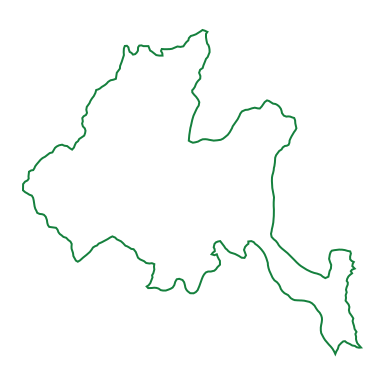 the district of Turmalina, Minas Gerais, Brazil
{"feature_id": "56859067B92924198369136", "entity_name": "Turmalina", "entity_type": "district", "adm_level": 2, "iso_a3": "BRA", "parent_name": "Brazil", "parent_adm1": "Minas Gerais", "projection": "orthographic", "projection_center": [-42.797, -17.256], "detail": "fine", "context": "isolated", "style": "outline", "palette": "green", "viewbox_px": 384, "rotation_deg": 0, "n_neighbors": 0, "source": "geoboundaries", "source_scale": "gbopen_adm2", "svg_char_len": 5942}
<svg xmlns="http://www.w3.org/2000/svg" viewBox="0 0 384 384"><path d="M23.0,190.3L25.2,192.2L27.2,193.3L29.4,194.7L31.8,195.6L33.1,197.8L33.7,200.4L34.6,206.4L35.3,208.8L36.4,210.8L37.2,212.8L39.5,213.9L42.1,214.2L43.9,214.8L45.7,216.7L46.9,220.0L47.3,222.9L47.9,225.0L49.2,226.9L56.0,227.8L57.5,229.6L58.5,232.3L59.8,234.0L61.6,235.3L63.4,236.9L66.2,237.8L68.4,240.1L70.4,241.5L71.7,243.9L71.5,246.8L71.6,248.8L73.0,253.0L73.4,256.1L75.9,260.6L77.8,261.7L80.0,260.4L83.1,257.6L86.5,254.9L89.9,251.9L91.6,249.7L93.0,247.5L95.1,246.2L97.0,245.5L98.7,243.6L101.7,242.3L107.7,239.1L110.0,237.6L112.4,236.4L115.2,237.6L116.8,239.3L121.0,241.3L123.1,243.2L125.4,245.7L127.3,246.4L129.2,247.5L131.3,248.9L133.6,249.2L135.8,252.0L138.0,257.7L140.1,259.4L144.1,261.2L146.2,263.0L149.4,263.5L151.9,263.2L154.3,264.1L154.0,266.7L154.3,269.6L153.3,273.3L152.1,275.3L152.5,277.4L150.3,283.1L148.6,285.3L146.7,286.5L148.2,288.1L151.7,288.0L154.2,287.7L156.4,287.9L158.6,288.6L160.7,290.1L162.8,290.5L165.9,290.5L168.5,289.6L170.7,288.7L172.7,287.5L174.3,285.1L175.3,281.7L176.7,279.3L179.2,278.8L182.5,280.0L184.1,282.2L184.9,285.1L185.4,287.7L186.3,289.6L187.6,291.2L190.2,293.2L193.6,293.3L195.8,292.1L197.6,290.2L199.3,286.2L201.9,278.9L202.9,276.5L204.1,274.4L205.9,272.4L208.2,271.5L211.0,271.5L214.3,270.7L216.0,269.2L217.5,267.1L220.0,264.7L219.9,260.8L218.8,259.1L217.7,256.9L216.8,254.3L214.4,255.2L211.6,254.3L212.8,252.7L214.8,251.2L214.6,249.0L213.7,247.3L214.5,243.9L216.0,242.3L218.0,241.5L220.2,241.1L224.1,246.2L225.5,248.4L227.0,249.6L228.3,251.1L230.3,252.5L235.1,254.0L238.8,255.9L241.6,257.7L244.5,257.9L246.0,255.3L244.0,249.9L245.1,246.9L246.8,245.0L248.4,243.8L248.3,241.5L251.3,241.1L253.7,242.1L255.2,243.9L257.2,245.3L259.2,247.1L261.4,249.5L263.4,252.1L264.8,254.5L266.3,258.1L267.8,262.9L267.9,265.0L268.5,268.0L269.4,270.8L272.5,277.6L274.4,280.3L277.1,282.3L278.9,284.5L280.0,286.6L280.8,288.9L282.3,291.1L284.5,293.2L288.1,295.1L290.8,298.2L292.8,299.4L294.6,300.1L297.2,300.3L301.9,300.5L304.2,300.7L309.5,301.9L311.9,303.2L314.5,305.6L316.1,308.3L317.7,310.6L319.7,312.7L321.2,315.4L321.9,317.8L322.0,319.8L321.7,322.4L321.1,325.3L320.8,327.5L320.8,330.4L321.2,333.1L323.7,337.9L325.1,340.1L328.9,344.6L330.8,346.6L332.5,348.7L334.2,351.6L335.3,354.0L336.4,351.3L337.8,349.0L338.8,345.6L341.3,343.0L343.2,341.4L345.0,341.2L346.7,342.6L349.8,344.0L352.3,345.5L354.8,345.9L356.7,347.2L359.0,347.7L361.0,347.5L357.4,343.4L356.5,341.2L356.0,339.1L356.1,336.7L355.4,334.0L356.5,331.9L354.6,329.0L354.0,325.9L353.1,323.1L352.6,321.0L353.3,318.4L352.0,316.3L349.5,312.7L348.9,310.1L349.4,307.0L348.6,304.5L345.6,300.7L346.0,297.9L345.7,295.2L346.7,292.3L346.0,289.8L346.6,287.3L347.7,284.7L347.8,282.5L346.7,280.9L347.2,278.8L348.4,276.5L350.0,274.9L352.1,273.3L350.8,271.2L352.0,269.7L354.7,268.6L352.3,266.1L352.8,263.6L353.8,262.0L351.6,260.9L350.2,259.3L350.1,256.6L350.9,253.5L350.2,251.4L347.6,250.9L344.9,250.1L342.2,249.7L339.1,249.6L334.2,250.2L331.8,250.7L330.6,252.2L329.8,254.6L329.1,258.9L330.0,261.9L331.2,264.9L330.9,268.6L329.6,271.1L328.4,276.7L325.3,278.1L322.8,276.7L320.7,274.9L317.1,273.6L314.1,272.9L311.0,271.8L306.7,269.7L301.0,266.1L299.2,264.7L296.7,262.4L294.5,260.1L287.5,253.1L281.9,248.5L280.0,246.7L278.7,245.1L277.5,243.0L275.8,240.9L273.8,239.3L271.6,236.9L271.0,233.8L271.6,231.2L271.9,229.1L272.6,226.2L273.3,222.4L273.8,216.0L273.9,209.7L273.7,205.9L273.7,202.4L274.0,197.3L272.3,188.0L271.9,180.9L272.0,177.4L272.4,175.2L273.1,172.9L273.7,170.2L273.9,168.0L274.4,166.1L274.9,162.5L275.2,157.7L276.1,155.2L279.2,151.0L281.5,149.5L282.8,147.4L284.8,146.0L286.9,145.7L288.6,144.8L289.4,142.8L289.6,140.5L290.4,138.6L291.5,136.4L294.1,132.0L295.4,130.3L296.4,128.3L295.3,123.3L295.1,120.3L294.2,118.0L292.2,117.4L290.2,116.6L288.2,116.4L286.3,116.6L283.8,115.6L282.0,113.1L281.5,110.7L280.8,108.7L279.2,106.5L277.4,105.0L275.5,104.0L273.0,103.6L269.0,101.0L267.0,100.4L264.7,102.1L261.7,106.5L259.8,108.5L257.9,108.4L254.8,107.7L252.0,108.3L247.9,109.7L245.4,109.9L242.0,111.4L240.3,113.6L239.5,115.6L237.7,119.2L232.7,126.3L232.0,128.2L229.8,132.1L227.8,134.8L225.2,137.0L223.0,138.7L220.7,139.8L217.2,140.3L213.7,140.6L209.1,139.8L207.3,139.4L205.4,139.2L202.7,139.3L200.3,140.3L198.0,141.6L195.3,142.3L192.9,142.7L190.5,141.7L188.8,140.7L189.3,135.0L190.4,127.9L191.0,125.6L192.2,120.1L192.8,118.0L193.5,115.7L196.3,109.6L197.2,107.8L198.7,105.6L199.3,102.2L198.1,99.6L196.1,96.8L194.1,94.7L192.3,92.4L192.2,90.3L193.5,88.9L194.8,87.0L195.9,84.2L196.8,82.5L198.1,80.8L200.2,78.7L200.4,76.0L199.1,72.8L200.1,69.8L202.7,68.0L203.4,65.5L205.1,61.3L206.0,58.9L207.7,57.0L209.6,52.2L209.5,49.3L209.1,47.1L208.4,45.1L207.2,43.6L206.5,40.5L206.0,37.3L206.0,33.9L207.4,31.9L204.8,30.7L202.5,30.0L200.7,31.3L195.9,34.3L193.2,35.3L190.8,36.0L188.9,38.1L188.3,40.4L186.4,42.1L185.0,43.9L183.4,46.3L180.5,46.9L177.4,46.5L172.0,48.8L169.7,49.1L166.8,49.2L164.4,49.2L161.8,49.0L161.0,51.0L162.3,53.2L162.5,55.6L159.3,55.6L156.3,55.1L151.9,51.6L150.1,50.5L148.4,46.1L143.4,46.1L141.4,45.4L139.3,45.6L138.1,47.3L137.9,50.7L136.8,52.5L135.2,54.1L133.0,54.6L131.5,52.9L129.7,51.9L128.8,49.3L128.4,47.3L126.9,45.8L124.8,46.0L123.9,48.5L123.7,52.2L123.9,55.1L121.7,61.9L120.1,66.0L119.9,68.6L116.8,72.8L115.9,78.8L113.4,79.7L110.5,80.3L108.2,81.8L106.7,83.5L105.2,84.8L103.5,85.9L101.8,86.9L99.9,88.5L98.2,89.4L96.2,90.0L95.4,92.9L93.8,96.1L92.0,98.4L90.5,100.8L89.4,103.3L86.8,106.9L86.3,109.7L87.0,112.9L86.0,114.9L83.6,116.3L82.3,118.1L82.8,121.3L82.1,123.7L82.9,126.4L84.8,128.4L85.5,130.7L85.1,133.1L84.2,135.6L81.6,137.4L79.2,139.0L78.0,141.2L76.0,142.7L74.9,145.0L73.9,147.6L72.1,149.6L69.8,148.2L67.2,146.1L64.4,145.7L62.1,144.7L59.1,145.3L56.7,146.5L55.0,147.9L52.4,152.4L49.7,153.1L45.1,156.7L42.5,158.1L40.5,159.8L36.6,164.4L35.2,166.3L34.3,168.4L33.2,170.1L31.2,170.4L29.0,171.7L28.5,176.4L28.7,178.7L27.5,180.4L25.0,181.7L23.1,184.1L23.0,190.3Z" fill="none" stroke="#15803d" stroke-width="2"/></svg>